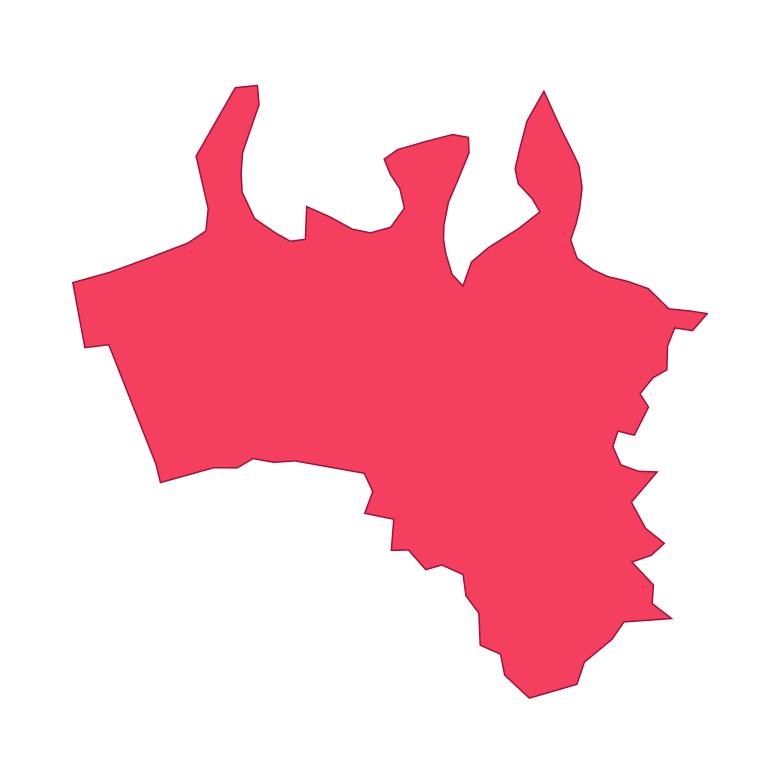 the district of Sagrada Família, Rio Grande do Sul, Brazil, rotated 274°
{"feature_id": "56859067B13063970392536", "entity_name": "Sagrada Família", "entity_type": "district", "adm_level": 2, "iso_a3": "BRA", "parent_name": "Brazil", "parent_adm1": "Rio Grande do Sul", "projection": "mercator", "projection_center": [-53.123, -27.702], "detail": "fine", "context": "isolated", "style": "filled", "palette": "rose", "viewbox_px": 768, "rotation_deg": 274, "n_neighbors": 0, "source": "geoboundaries", "source_scale": "gbopen_adm2", "svg_char_len": 1535}
<svg xmlns="http://www.w3.org/2000/svg" viewBox="0 0 768 768"><g transform="rotate(274 384 384)"><path d="M270.1,167.9L288.6,219.9L290.1,243.5L300.5,258.5L298.2,279.5L301.1,300.4L293.6,370.5L275.9,380.3L253.6,373.8L249.8,403.2L218.5,402.9L220.2,419.9L201.7,438.6L207.5,454.3L199.4,476.2L178.5,480.5L162.0,494.6L130.1,498.2L122.6,519.1L102.0,524.7L80.8,550.9L97.9,597.4L120.5,603.3L145.2,629.2L163.4,640.0L170.1,687.1L183.7,666.8L202.3,666.8L223.7,643.6L231.8,662.6L244.6,674.7L258.2,655.0L283.4,639.0L315.3,662.6L314.7,643.6L319.9,625.9L337.6,616.7L353.3,620.6L350.4,637.3L379.4,649.5L392.1,640.0L408.9,651.8L417.9,665.2L441.7,664.2L460.2,670.1L458.8,688.1L476.7,701.5L478.2,683.9L478.8,662.9L497.6,641.0L503.4,619.7L506.6,600.3L512.4,584.6L522.8,567.9L540.8,560.1L556.5,564.3L571.8,566.9L593.6,567.9L615.3,563.3L631.5,554.2L648.6,544.0L687.2,523.1L656.2,508.3L628.6,503.1L607.8,499.8L593.0,504.1L579.4,518.8L566.6,527.6L548.3,507.3L527.5,478.9L511.8,462.8L487.2,455.9L498.2,444.2L518.2,436.6L532.4,433.3L546.6,432.7L569.8,435.6L592.7,443.5L620.5,452.7L635.9,451.0L637.6,435.0L629.2,409.8L618.8,381.3L608.3,368.5L594.1,375.4L579.9,386.2L560.8,392.1L540.8,379.7L533.8,360.0L536.2,341.7L546.6,319.1L555.6,294.5L522.8,295.5L519.9,280.5L526.6,266.1L539.9,243.5L565.4,229.1L583.7,226.8L604.9,226.8L635.9,235.0L653.8,239.9L673.0,236.9L669.2,215.0L598.2,180.7L546.6,196.4L524.3,195.7L511.0,178.7L491.5,136.8L476.2,102.4L463.4,66.5L399.4,83.1L404.0,106.7L288.4,162.0L270.1,167.9Z" fill="#f43f5e" stroke="#9f1239" stroke-width="1.5"/></g></svg>